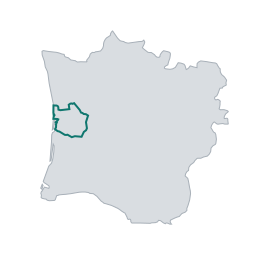 Ivory Coast, with Sud-Bandama highlighted, rotated 100°
{"feature_id": "CIV-3447", "entity_name": "Sud-Bandama", "entity_type": "Department", "adm_level": 1, "iso_a3": "CIV", "parent_name": "Ivory Coast", "parent_adm1": "", "projection": "mercator", "projection_center": [-5.503, 5.631], "detail": "coarse", "context": "in_parent", "style": "outline", "palette": "teal", "viewbox_px": 256, "rotation_deg": 100, "n_neighbors": 0, "source": "natural_earth", "source_scale": "10m", "svg_char_len": 4065}
<svg xmlns="http://www.w3.org/2000/svg" viewBox="0 0 256 256"><g transform="rotate(100 128 128)"><path d="M53.8,47.4L54.7,47.4L57.0,46.7L59.1,45.1L61.1,41.8L63.8,39.2L66.8,39.4L67.7,38.9L68.8,38.8L70.0,40.5L71.3,41.9L72.2,41.9L72.9,44.4L78.4,45.4L80.8,46.1L82.7,48.0L83.4,48.0L84.3,47.6L84.9,47.0L85.1,46.3L84.2,44.6L84.6,43.2L85.5,41.8L86.9,41.8L89.0,41.4L91.5,41.4L93.3,41.6L94.0,40.3L93.3,36.6L93.5,34.5L93.8,32.8L94.5,32.1L97.2,34.3L99.7,35.1L101.5,35.1L102.0,34.7L101.2,32.3L101.5,31.6L102.1,31.2L103.3,31.0L106.5,30.0L106.8,30.2L107.4,33.9L107.1,35.2L107.8,37.7L108.6,40.0L108.6,41.0L107.9,42.5L107.1,43.8L107.2,44.3L108.4,45.2L110.9,46.2L113.4,46.4L114.8,45.0L116.2,43.9L117.2,42.9L117.6,41.5L119.2,40.4L123.7,39.0L127.9,38.8L129.0,39.2L130.8,41.3L133.3,42.7L136.9,42.5L139.6,43.4L141.9,45.0L143.4,48.5L145.1,51.0L145.8,54.6L148.5,56.5L150.6,57.3L153.4,60.0L156.3,61.3L159.3,61.0L160.7,62.4L163.0,63.3L165.3,63.4L167.2,60.4L169.9,59.2L176.5,56.8L179.1,55.7L181.8,55.0L188.1,54.8L194.1,55.5L197.0,56.1L199.0,55.7L201.0,57.1L202.9,60.1L204.5,61.1L206.2,62.1L207.4,64.5L208.9,66.8L209.7,67.9L211.4,70.2L213.0,70.2L214.5,69.2L215.1,68.5L215.4,70.0L214.8,72.5L214.9,74.0L215.8,74.6L215.3,76.6L213.6,79.9L213.6,81.9L215.3,82.6L216.5,84.7L217.3,88.3L218.0,89.5L218.1,90.2L219.4,99.0L220.9,107.7L219.9,108.9L218.6,109.2L217.7,109.6L217.4,110.4L218.0,111.6L217.6,112.7L215.9,113.5L212.3,116.2L212.0,117.3L211.0,119.7L210.2,121.2L209.0,123.8L207.1,130.9L206.4,136.8L206.3,138.6L205.5,139.8L204.7,141.7L200.7,146.7L198.7,150.8L198.9,152.6L199.0,154.4L198.4,155.7L198.5,159.1L199.0,162.0L199.7,164.9L202.6,172.9L204.1,177.8L205.1,181.7L205.9,184.4L206.7,185.5L207.0,186.5L211.3,187.2L212.1,187.8L213.3,192.9L213.1,195.2L212.3,196.1L212.3,198.1L212.1,200.5L211.5,201.5L209.1,201.6L207.4,202.5L205.3,202.2L205.1,201.6L203.9,201.3L200.7,200.0L201.2,195.5L199.8,195.3L198.6,195.9L196.3,201.2L195.3,202.2L179.3,199.4L175.9,197.2L171.7,196.7L164.5,196.9L158.5,197.6L156.8,198.9L171.9,198.2L173.5,198.3L174.2,199.1L155.2,200.9L148.0,201.9L145.8,201.6L144.2,199.9L136.3,199.7L134.7,200.3L133.7,201.5L136.8,201.3L141.7,201.2L143.0,202.2L127.7,203.4L117.1,205.8L112.6,207.6L97.7,213.4L88.7,216.2L86.3,217.2L82.2,220.1L76.9,221.9L71.0,225.2L67.4,226.0L66.5,224.9L66.4,219.2L65.9,211.6L66.1,208.7L66.6,206.0L66.6,203.7L68.4,202.8L68.9,201.9L69.2,198.9L70.9,196.2L70.9,191.5L71.4,190.6L71.8,189.3L71.0,186.2L70.1,180.4L69.7,180.0L69.2,180.3L68.3,180.4L64.6,178.4L61.7,178.0L59.7,176.3L59.6,174.4L58.6,173.2L57.9,170.9L56.9,168.4L54.0,166.8L51.4,166.4L49.5,166.7L47.3,166.6L44.7,165.8L43.0,164.8L41.3,162.9L39.8,161.4L38.5,161.6L37.0,161.2L35.6,160.5L35.1,160.0L41.3,153.9L43.4,151.0L43.6,149.2L43.6,147.3L44.3,145.5L44.4,142.6L41.0,132.2L40.2,129.0L39.2,128.1L38.7,127.7L40.4,126.4L42.8,126.7L46.4,127.8L47.2,126.7L50.0,121.5L49.9,119.6L49.6,118.2L51.2,114.6L52.5,113.2L53.2,111.7L53.0,109.7L52.0,108.9L50.7,109.1L49.2,108.6L46.9,107.4L45.7,106.3L46.0,101.6L46.3,100.1L47.1,99.3L48.4,99.0L52.0,98.9L54.9,99.4L57.5,99.7L58.9,99.7L60.0,101.2L61.4,102.6L62.7,102.6L63.2,101.5L62.9,96.8L62.0,94.3L60.1,91.9L55.0,89.9L54.9,87.1L55.4,84.0L56.5,82.8L60.3,80.8L59.6,79.8L58.4,78.7L56.0,77.5L56.5,73.8L56.6,70.5L54.6,70.9L52.5,71.1L50.8,70.0L49.3,68.0L49.0,62.5L49.0,56.1L48.8,53.3L49.3,51.8L51.1,50.4L53.1,48.6L53.8,47.4ZM203.2,202.2L202.4,203.5L198.3,202.7L199.3,201.7L203.2,202.2Z" fill="#d9dde1" stroke="#a8b0b8" stroke-width="1"/><path d="M131.9,203.1L129.8,203.2L128.1,202.6L127.3,203.3L128.1,203.5L125.7,204.2L118.7,205.3L118.3,202.2L118.6,201.1L119.5,200.3L122.0,199.7L122.2,197.7L119.6,189.0L115.4,190.4L114.0,189.0L113.6,187.6L113.8,186.7L112.9,185.4L118.5,178.8L121.0,176.9L121.1,175.5L121.9,174.0L121.7,171.9L122.7,169.5L129.5,170.4L135.4,168.4L137.5,168.9L139.5,170.8L144.7,172.2L145.3,178.9L146.8,181.8L145.1,186.4L145.6,187.7L145.7,189.1L143.4,194.9L143.3,196.7L142.2,199.1L141.7,199.6L140.0,199.0L137.5,199.3L137.2,199.6L135.1,199.1L135.0,199.9L134.6,199.7L135.0,200.3L132.6,198.5L131.6,198.2L131.4,199.0L131.9,203.1Z" fill="none" stroke="#0f766e" stroke-width="2"/></g></svg>